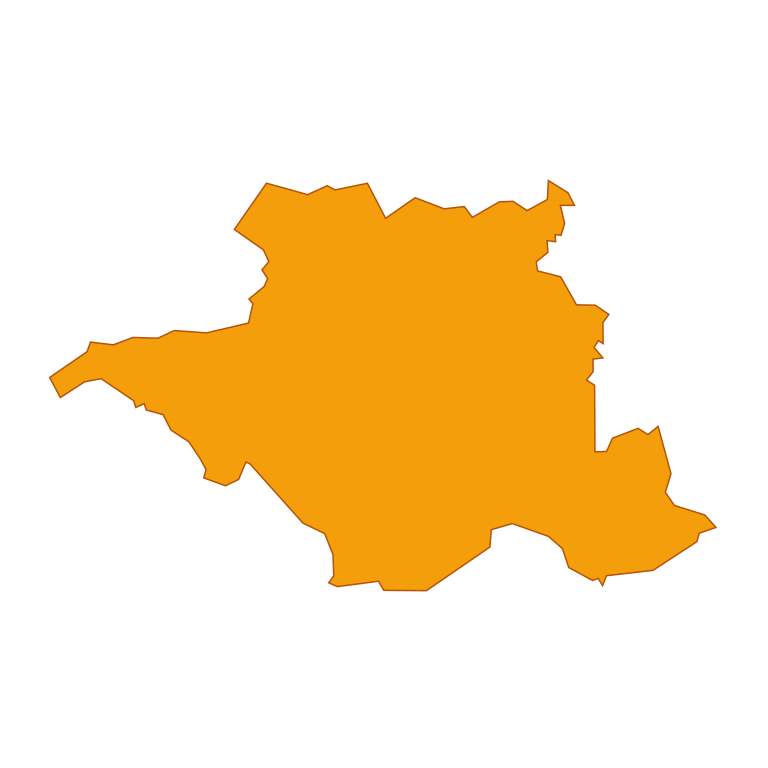 outline of Gradsko, Gradsko, North Macedonia, rotated 271°
{"feature_id": "65306769B37555850097023", "entity_name": "Gradsko", "entity_type": "district", "adm_level": 2, "iso_a3": "MKD", "parent_name": "North Macedonia", "parent_adm1": "Gradsko", "projection": "albers", "projection_center": [21.883, 41.613], "detail": "fine", "context": "isolated", "style": "filled", "palette": "amber", "viewbox_px": 768, "rotation_deg": 271, "n_neighbors": 0, "source": "geoboundaries", "source_scale": "gbopen_adm2", "svg_char_len": 1450}
<svg xmlns="http://www.w3.org/2000/svg" viewBox="0 0 768 768"><g transform="rotate(271 384 384)"><path d="M177.7,387.4L178.1,430.0L222.9,492.8L240.2,493.8L246.7,514.7L234.5,551.1L222.5,565.3L203.7,571.9L191.2,596.0L193.4,601.5L186.2,606.1L196.2,609.8L202.4,656.2L231.8,699.5L240.3,701.8L246.4,718.4L258.6,707.1L267.6,676.5L280.6,667.2L299.4,672.5L346.4,658.8L338.0,648.8L344.1,638.8L333.8,613.4L320.4,607.7L319.9,596.1L386.3,594.6L391.5,586.4L399.9,592.8L412.6,592.6L413.9,602.4L424.2,593.4L431.1,597.6L428.2,602.4L449.2,601.8L457.5,607.6L466.5,593.8L466.5,575.1L494.2,558.8L499.8,535.5L508.8,534.1L518.6,545.6L530.2,544.5L529.3,553.1L536.3,552.5L535.8,558.4L547.6,561.8L565.7,557.2L565.9,571.4L578.5,564.5L590.3,544.8L571.3,544.1L559.9,524.1L568.9,509.8L568.2,496.3L552.2,469.4L562.8,461.2L560.2,441.0L570.8,411.9L549.7,382.7L584.4,363.9L577.2,331.6L581.3,323.8L572.0,304.4L582.7,263.0L535.9,231.7L516.0,261.1L504.4,266.7L496.0,260.0L487.3,265.8L479.5,262.6L466.6,247.5L461.8,251.5L442.6,247.5L432.0,205.6L433.8,173.4L425.8,157.0L426.2,132.3L418.4,112.6L420.8,89.8L411.2,86.6L384.7,49.6L364.8,60.6L381.0,84.7L384.4,101.1L362.9,134.0L356.2,136.2L360.2,144.5L353.8,146.9L349.5,163.7L334.2,171.8L322.8,189.9L306.4,201.3L295.3,207.6L287.0,205.4L279.5,227.3L286.1,240.3L303.5,247.3L301.6,251.6L243.5,305.4L233.4,327.3L212.6,336.0L191.2,337.1L184.3,332.2L180.6,340.9L186.7,381.9L177.7,387.4Z" fill="#f59e0b" stroke="#b45309" stroke-width="1.5"/></g></svg>